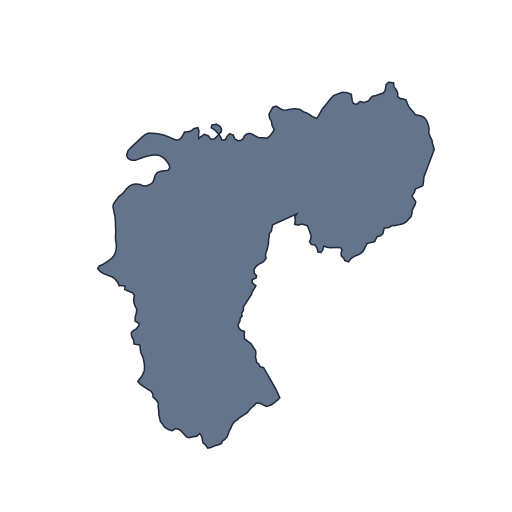 Porto União, Santa Catarina, Brazil, rotated 282°
{"feature_id": "56859067B45353158898051", "entity_name": "Porto União", "entity_type": "district", "adm_level": 2, "iso_a3": "BRA", "parent_name": "Brazil", "parent_adm1": "Santa Catarina", "projection": "mercator", "projection_center": [-51.004, -26.394], "detail": "fine", "context": "isolated", "style": "filled", "palette": "slate", "viewbox_px": 512, "rotation_deg": 282, "n_neighbors": 0, "source": "geoboundaries", "source_scale": "gbopen_adm2", "svg_char_len": 5144}
<svg xmlns="http://www.w3.org/2000/svg" viewBox="0 0 512 512"><g transform="rotate(282 256 256)"><path d="M58.0,248.7L59.5,252.1L61.8,255.1L63.6,258.7L65.4,261.2L67.8,261.5L70.2,263.7L73.1,265.3L76.5,265.9L79.2,266.2L82.4,267.2L86.4,267.9L89.6,269.5L91.8,271.8L94.1,273.2L95.8,275.0L98.3,277.4L101.1,280.3L104.2,281.6L106.5,283.0L109.5,285.3L112.3,286.9L112.7,290.7L111.9,294.0L111.0,297.5L113.2,301.5L115.7,304.0L117.8,305.6L120.1,307.4L122.2,308.8L129.6,303.4L148.4,286.6L148.6,283.0L151.0,281.1L152.0,278.8L154.6,277.7L157.3,276.4L160.4,276.2L163.5,275.2L165.8,272.7L169.2,269.4L171.1,265.3L172.7,261.9L176.1,261.0L179.9,260.4L180.3,256.6L182.2,254.1L184.9,252.8L188.9,253.8L191.9,253.5L194.2,254.9L197.0,253.8L199.8,254.9L204.0,254.4L217.5,259.6L219.9,259.7L222.9,260.8L226.8,262.1L229.1,257.8L232.2,257.2L234.3,260.6L236.8,260.7L238.6,258.1L242.4,256.8L246.5,258.7L249.1,261.1L251.0,263.6L253.0,265.1L256.0,266.3L259.2,265.0L261.7,265.1L264.5,265.6L267.8,265.6L271.1,265.6L274.3,264.9L277.2,264.9L280.5,264.4L283.6,265.9L289.9,265.7L305.7,287.2L302.2,285.8L299.3,287.0L295.0,287.3L295.0,290.8L296.8,294.5L296.4,299.8L292.7,302.4L289.6,304.3L287.3,305.7L284.4,306.1L281.2,305.3L278.8,307.7L278.9,311.7L276.1,314.2L272.8,315.7L272.9,318.8L276.1,320.1L279.9,320.3L279.3,323.2L279.5,326.8L280.3,329.9L281.0,333.0L281.7,336.9L279.8,338.9L277.0,338.5L273.8,339.4L272.2,342.1L270.0,343.8L269.5,347.7L273.4,349.6L276.6,352.9L278.5,355.9L280.6,358.2L283.4,360.1L287.4,361.0L291.5,362.2L293.3,366.1L294.6,369.0L298.0,369.9L300.4,370.6L301.3,373.3L304.3,375.5L309.9,375.6L311.5,380.1L314.0,382.8L314.6,385.6L316.0,388.4L317.8,392.6L320.3,395.6L323.3,397.4L326.7,399.5L330.1,399.7L332.8,399.3L335.5,399.8L339.1,400.9L342.3,401.0L344.8,398.4L347.1,396.1L351.2,397.7L354.8,398.0L356.8,401.1L359.6,404.6L363.3,404.4L365.7,404.1L368.2,403.8L383.5,406.1L397.2,408.2L399.4,407.1L402.6,405.3L405.9,404.0L408.9,401.7L412.2,399.4L414.9,399.1L417.2,398.6L419.7,397.4L422.4,395.8L425.0,393.6L426.6,391.3L427.3,388.4L427.4,385.6L427.2,382.7L429.6,379.9L431.8,376.8L433.8,374.5L436.6,372.3L439.8,370.4L440.3,367.4L440.0,364.4L441.5,361.4L444.7,360.8L447.5,358.9L450.0,355.9L454.0,354.5L453.6,349.6L450.7,347.7L448.0,347.8L445.0,347.9L441.9,346.7L440.0,343.2L438.0,340.2L436.6,337.0L434.4,335.2L431.2,333.8L428.5,329.7L428.8,325.7L425.2,322.7L425.5,319.4L427.8,317.8L430.8,316.8L434.0,315.6L434.7,311.1L434.2,306.9L433.1,304.6L431.4,302.1L429.0,298.5L425.8,296.5L422.8,295.0L419.2,293.2L417.0,292.1L414.3,290.6L411.6,289.6L408.9,288.8L406.4,288.1L403.2,286.9L404.1,282.3L405.5,278.9L406.4,276.2L406.9,272.5L408.6,268.3L408.1,263.3L406.6,258.7L405.0,255.4L404.3,252.1L405.3,248.9L406.8,244.6L405.2,241.6L401.9,240.5L397.4,239.2L393.7,240.6L391.0,243.1L387.1,244.5L383.3,247.5L380.0,246.3L376.4,244.7L373.5,242.3L373.2,238.7L372.3,234.0L373.5,229.6L374.5,226.6L374.5,223.9L373.2,221.2L370.9,219.6L368.5,219.1L366.1,217.6L365.0,214.7L366.1,210.9L369.6,208.6L370.1,204.7L367.2,202.9L363.4,201.9L362.2,198.6L365.2,196.6L367.2,194.4L362.0,191.1L360.8,187.4L363.7,184.4L364.3,180.2L361.5,177.5L359.1,175.6L362.8,174.6L366.3,174.3L369.5,172.5L367.8,168.8L365.2,166.8L363.4,163.8L362.4,160.3L359.4,159.5L355.7,158.2L353.0,155.5L353.1,151.6L354.0,147.6L355.1,141.4L355.2,137.4L355.1,134.1L354.8,131.0L354.3,127.9L353.8,125.2L351.7,122.3L348.2,119.5L345.9,117.9L342.7,115.7L340.3,114.0L336.2,111.1L332.1,108.8L327.5,108.6L324.8,110.6L323.8,114.0L324.5,118.0L326.0,120.3L327.4,122.6L329.0,125.2L330.7,128.2L332.0,130.8L332.9,133.4L333.9,136.5L334.3,140.1L333.4,143.7L331.9,146.6L329.9,149.3L326.9,152.2L324.1,153.3L321.3,151.9L320.3,148.5L319.0,145.0L316.9,141.9L314.1,140.7L310.8,140.3L307.7,140.1L305.2,138.8L303.4,136.7L301.6,133.8L301.1,130.8L301.9,127.8L301.5,123.7L300.5,120.8L298.4,118.0L295.2,115.6L292.2,114.1L288.8,112.2L285.6,109.4L280.3,107.0L276.8,105.7L274.3,105.9L271.5,107.1L268.2,108.5L265.7,109.7L262.3,110.8L258.8,111.7L255.7,112.4L252.4,113.3L249.2,114.0L245.1,114.6L240.8,115.9L237.5,117.2L235.1,117.6L232.6,117.9L229.7,117.6L226.6,116.9L223.3,115.0L221.1,113.1L218.7,110.8L215.9,108.0L213.9,104.8L210.7,103.8L208.3,107.1L207.0,110.8L206.4,114.6L205.8,118.5L205.0,121.7L203.1,124.1L201.3,126.4L198.5,128.3L199.2,131.1L199.2,134.3L196.0,134.6L195.3,137.6L194.7,140.7L194.2,143.3L192.0,145.3L188.1,145.3L185.0,146.3L181.8,148.2L179.3,150.4L175.7,150.8L171.5,150.5L167.1,151.3L165.6,156.0L162.7,155.5L159.7,154.0L157.6,151.6L155.2,150.0L152.9,150.5L150.7,151.6L148.1,154.0L144.6,154.9L144.6,157.9L144.8,160.8L141.4,162.0L137.5,163.4L134.7,165.6L132.3,167.1L128.0,168.9L124.3,170.0L120.4,170.6L117.1,169.9L114.3,169.1L111.8,167.9L108.7,166.4L106.6,169.2L104.3,174.7L102.9,178.2L102.1,181.2L99.8,183.6L96.5,184.7L93.8,189.1L91.6,191.1L88.3,191.6L84.1,193.1L80.3,194.0L77.4,195.4L74.3,196.9L72.0,199.5L69.6,202.2L68.1,206.0L67.6,210.3L70.4,213.0L70.4,216.4L69.3,219.0L67.1,222.1L64.8,225.3L64.3,228.2L65.9,231.7L67.5,235.7L70.6,237.8L68.2,240.5L64.8,241.9L62.0,243.1L60.9,245.8L58.0,248.7ZM367.2,194.4L370.3,196.2L373.0,195.9L375.3,193.9L376.7,189.9L375.0,185.7L372.2,185.5L370.5,189.8L367.2,194.4Z" fill="#64748b" stroke="#1e293b" stroke-width="1.5"/></g></svg>